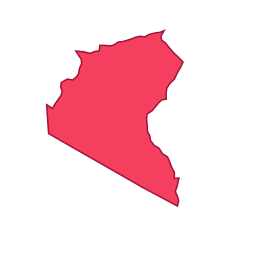 Jundiá, Alagoas, Brazil, rotated 68°
{"feature_id": "56859067B87554604652350", "entity_name": "Jundiá", "entity_type": "district", "adm_level": 2, "iso_a3": "BRA", "parent_name": "Brazil", "parent_adm1": "Alagoas", "projection": "orthographic", "projection_center": [-35.546, -8.962], "detail": "fine", "context": "isolated", "style": "filled", "palette": "rose", "viewbox_px": 256, "rotation_deg": 68, "n_neighbors": 0, "source": "geoboundaries", "source_scale": "gbopen_adm2", "svg_char_len": 1020}
<svg xmlns="http://www.w3.org/2000/svg" viewBox="0 0 256 256"><g transform="rotate(68 128 128)"><path d="M51.2,58.0L51.3,62.3L50.0,67.4L49.2,73.5L49.8,78.4L47.5,82.2L46.7,87.2L46.7,91.8L46.3,96.5L45.8,101.2L44.6,105.0L45.7,109.5L45.3,113.7L42.6,118.8L40.8,123.1L45.7,125.8L44.6,129.9L44.6,135.2L41.0,140.1L37.1,147.5L42.5,146.5L46.7,145.6L50.9,146.9L54.4,150.5L59.3,153.6L61.6,157.4L62.7,161.3L59.9,166.0L60.8,172.9L65.2,175.2L69.3,175.2L72.7,177.9L75.3,181.8L77.8,185.8L81.6,190.7L75.9,194.7L103.4,203.7L116.6,193.4L189.7,135.8L218.9,111.4L214.7,108.4L210.2,107.8L204.8,108.0L199.6,103.7L193.5,99.5L192.1,103.9L186.5,101.6L181.1,102.2L174.4,102.0L169.6,102.2L164.7,105.7L158.4,106.8L153.9,110.3L147.7,111.8L143.5,110.7L138.5,111.2L132.8,109.2L126.3,107.3L122.1,105.0L121.0,99.0L116.0,89.9L114.6,86.1L115.6,81.7L110.6,79.9L105.7,77.2L102.4,72.5L100.1,66.7L95.4,61.7L91.6,56.7L87.5,52.3L82.6,54.2L75.2,57.6L67.8,60.1L63.1,61.4L59.3,63.9L55.2,63.1L51.2,58.0Z" fill="#f43f5e" stroke="#9f1239" stroke-width="1.5"/></g></svg>